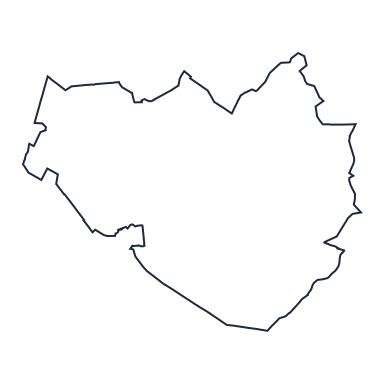 outline of Virbu pag., Talsi, Latvia
{"feature_id": "27541924B43338172506229", "entity_name": "Virbu pag.", "entity_type": "district", "adm_level": 2, "iso_a3": "LVA", "parent_name": "Latvia", "parent_adm1": "Talsi", "projection": "orthographic", "projection_center": [22.631, 57.128], "detail": "fine", "context": "isolated", "style": "outline", "palette": "slate", "viewbox_px": 384, "rotation_deg": 0, "n_neighbors": 0, "source": "geoboundaries", "source_scale": "gbopen_adm2", "svg_char_len": 5359}
<svg xmlns="http://www.w3.org/2000/svg" viewBox="0 0 384 384"><path d="M307.5,295.2L307.3,295.1L307.5,294.9L307.8,294.1L308.7,292.8L310.4,290.5L311.1,289.5L311.4,288.7L311.8,287.6L312.3,285.8L312.5,285.3L312.8,284.7L313.1,284.2L313.5,283.6L314.1,282.8L314.5,282.3L315.5,281.7L316.1,281.1L316.9,280.4L317.6,280.0L318.1,279.8L319.1,279.7L320.4,279.6L321.7,279.4L323.2,279.2L327.0,278.2L327.5,278.1L328.2,277.6L328.9,277.0L331.5,274.1L331.7,273.8L332.1,273.5L333.2,272.5L334.7,271.4L334.8,271.3L335.4,270.7L336.5,269.2L337.6,267.6L338.1,266.7L338.7,265.4L339.1,264.0L339.4,262.7L339.5,261.6L339.6,259.8L339.7,258.5L340.1,256.5L340.3,255.3L340.6,254.7L341.1,254.0L341.7,253.4L342.2,252.9L342.3,252.7L342.6,252.6L344.2,250.7L343.8,250.3L338.1,248.7L338.6,248.4L335.3,246.4L334.4,246.2L330.0,244.9L327.9,243.9L326.1,243.3L324.4,242.6L324.3,242.4L324.8,242.0L327.3,240.8L336.7,236.5L344.9,223.2L348.2,217.9L348.9,217.3L352.5,213.9L361.0,212.5L353.8,204.6L354.6,200.7L354.9,198.9L355.0,193.9L354.4,192.7L350.9,185.9L350.8,185.7L349.1,180.1L349.4,177.9L353.3,175.8L349.5,173.1L349.8,172.9L349.5,172.5L351.6,167.8L353.2,164.2L353.5,163.6L354.0,161.0L354.1,160.9L354.1,157.7L350.5,146.0L349.4,142.1L349.4,141.9L349.1,140.9L350.0,135.8L349.8,135.7L350.3,134.9L351.5,132.4L352.0,131.7L352.6,130.8L352.7,130.4L355.6,124.2L352.1,124.4L350.7,124.4L342.0,124.6L341.1,124.6L335.2,124.6L330.6,124.6L329.0,124.3L327.5,124.3L322.7,124.3L321.8,123.1L319.3,119.9L317.1,116.3L315.6,106.5L323.4,101.0L320.2,98.0L319.9,97.8L319.5,97.5L318.8,95.9L314.2,86.0L307.1,84.0L305.9,82.1L305.0,80.7L304.4,78.5L304.0,77.2L303.3,75.8L300.2,71.7L299.7,71.0L306.6,65.3L306.6,65.2L304.3,56.2L299.8,53.9L298.5,53.2L298.1,53.2L297.7,53.4L291.2,58.4L290.1,61.9L289.7,62.1L289.3,62.4L285.6,62.6L281.0,62.8L278.6,64.8L276.5,66.7L275.1,68.0L273.5,69.5L269.9,72.9L269.6,73.3L265.2,81.9L257.9,89.5L257.2,90.4L256.6,90.8L255.9,91.0L255.4,91.0L254.7,90.7L253.7,90.1L252.8,89.7L252.1,89.5L251.5,89.6L249.5,90.7L248.8,91.0L248.4,90.9L248.1,91.1L247.9,91.5L246.1,92.4L245.4,92.4L244.2,93.1L243.5,93.7L243.2,93.9L242.8,94.2L242.4,94.5L241.1,95.1L240.6,95.8L240.2,96.1L240.0,96.5L240.0,97.1L239.8,97.3L239.7,97.5L239.2,98.3L238.6,99.6L238.5,99.8L237.8,100.7L237.4,102.2L237.2,102.6L236.6,103.5L236.0,104.8L235.4,106.0L234.3,108.2L232.7,111.8L231.8,113.5L228.6,111.4L227.9,110.9L227.3,110.5L222.7,107.3L219.7,105.5L214.3,102.0L214.1,101.8L211.0,96.2L209.2,93.2L207.6,90.4L203.1,87.3L190.1,78.3L190.9,76.7L189.2,75.3L184.3,71.3L184.2,71.2L183.9,71.6L181.7,74.9L181.1,76.0L179.6,79.1L179.5,79.8L179.4,80.8L179.1,82.1L178.8,83.4L178.5,85.1L178.5,85.5L178.3,85.6L177.7,86.0L175.6,87.4L173.0,89.1L169.9,91.0L167.8,92.1L166.0,93.1L163.9,94.3L160.9,95.9L157.4,97.8L154.3,99.5L154.5,99.6L151.7,101.1L148.6,101.1L144.5,99.1L141.5,100.5L141.9,102.2L134.5,102.4L132.9,97.0L132.0,92.8L131.2,92.7L128.8,91.2L122.1,87.3L119.3,83.3L119.0,82.1L115.5,82.4L112.7,82.8L106.9,83.2L103.3,83.5L95.0,84.2L93.8,84.8L91.5,84.5L91.4,84.6L87.2,84.9L83.9,85.2L79.3,85.6L72.5,86.3L71.6,86.3L67.5,89.0L65.4,90.2L57.9,84.4L51.6,79.7L51.4,79.6L50.4,78.6L47.7,76.4L46.5,80.6L42.5,94.8L42.4,95.2L41.9,97.1L41.2,99.0L39.4,105.7L37.5,112.4L37.3,113.2L37.3,113.3L37.0,114.1L34.6,123.0L42.2,123.4L46.0,127.2L45.5,129.5L45.7,130.2L41.5,131.7L40.4,132.2L39.5,134.0L36.7,139.9L36.7,140.1L36.6,140.3L33.7,146.1L29.3,143.8L28.9,145.6L27.9,151.8L26.0,154.4L24.7,159.7L24.8,159.8L24.1,160.8L23.4,163.3L23.0,164.3L25.9,168.6L28.7,172.9L30.1,173.6L31.5,174.3L41.3,180.0L47.3,168.5L57.8,174.3L56.2,184.1L56.5,184.4L56.8,184.7L57.6,185.8L58.4,186.9L59.7,188.6L61.0,190.3L61.9,191.4L62.7,192.6L63.4,193.4L64.0,194.3L64.5,194.2L68.7,199.6L70.2,201.5L71.3,203.0L72.4,204.5L73.4,205.8L74.4,207.1L75.7,208.9L77.1,210.7L77.1,210.8L80.6,215.4L84.1,220.0L83.9,220.2L83.6,220.4L84.3,221.3L85.0,222.2L86.2,223.8L87.4,225.5L87.9,225.9L88.9,227.4L92.5,232.3L95.2,229.7L103.9,235.1L107.2,236.0L108.2,236.0L108.4,236.0L115.0,235.9L115.6,233.5L116.1,233.5L116.5,233.3L117.0,232.9L117.6,232.4L117.9,232.1L118.0,231.8L118.2,231.6L118.3,231.2L118.2,230.6L118.2,230.1L118.2,229.8L118.5,229.6L119.0,229.5L119.6,229.8L119.9,229.9L120.1,229.8L120.3,229.7L120.4,229.1L120.5,228.9L120.8,228.9L121.1,229.2L121.7,229.5L121.8,229.5L121.9,229.4L121.9,229.2L121.8,228.8L121.8,228.6L122.0,228.4L122.6,228.0L123.1,228.0L125.8,226.9L126.0,227.1L127.6,228.5L130.2,225.2L131.6,224.6L131.8,224.5L132.5,224.4L135.2,226.4L137.1,225.8L141.0,225.3L142.4,225.5L142.7,227.9L143.4,234.7L143.6,236.5L143.8,239.2L144.0,241.0L144.1,241.6L144.3,243.6L144.3,243.8L144.1,244.1L144.4,245.9L143.3,246.2L142.2,246.4L141.5,246.3L139.8,245.9L139.0,245.5L138.9,245.7L137.0,245.7L133.6,246.0L132.4,245.7L130.4,248.8L130.5,248.8L133.3,249.5L135.1,255.7L135.2,256.0L136.0,257.4L142.7,266.2L142.8,266.4L146.4,270.5L146.8,270.9L157.8,279.4L164.6,284.7L164.8,284.6L165.2,284.8L165.5,285.0L168.2,286.7L170.8,288.3L171.2,288.5L172.3,289.3L173.5,290.0L178.7,293.5L183.2,296.4L189.5,300.5L196.3,305.0L196.5,305.0L199.0,306.7L207.4,311.8L212.9,315.5L217.5,318.6L224.4,323.3L226.7,324.9L233.9,325.7L248.5,327.9L256.8,329.0L263.2,330.1L267.1,330.8L267.3,330.8L267.5,330.8L271.2,326.6L273.8,324.0L274.4,323.3L276.8,321.0L278.3,319.4L279.2,318.3L280.9,317.8L284.8,316.5L286.0,316.0L287.7,314.3L289.6,312.7L289.9,312.8L290.4,312.3L296.6,305.5L299.6,302.1L302.0,299.1L307.5,295.2Z" fill="none" stroke="#1e293b" stroke-width="2"/></svg>